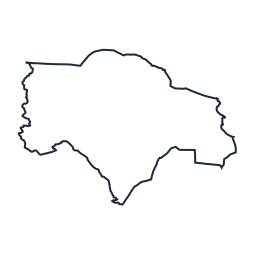 Bac Binh, Bình Thuận, Vietnam, rotated 273°
{"feature_id": "81297802B84889732636102", "entity_name": "Bac Binh", "entity_type": "district", "adm_level": 2, "iso_a3": "VNM", "parent_name": "Vietnam", "parent_adm1": "Bình Thuận", "projection": "equal_earth", "projection_center": [108.379, 11.264], "detail": "fine", "context": "isolated", "style": "outline", "palette": "slate", "viewbox_px": 256, "rotation_deg": 273, "n_neighbors": 0, "source": "geoboundaries", "source_scale": "gbopen_adm2", "svg_char_len": 5743}
<svg xmlns="http://www.w3.org/2000/svg" viewBox="0 0 256 256"><g transform="rotate(273 128 128)"><path d="M188.0,22.4L187.8,23.8L187.6,24.5L187.1,25.8L186.7,26.3L186.5,26.5L185.1,27.3L183.4,27.8L183.1,28.2L182.5,29.5L182.3,29.8L181.7,29.9L179.2,29.6L178.7,29.4L177.8,28.8L177.4,28.2L177.3,27.9L177.2,26.9L177.0,26.7L175.7,26.6L175.2,26.4L175.0,25.9L174.9,25.1L174.7,24.7L173.8,24.3L171.2,21.8L170.6,21.7L170.3,21.8L169.6,21.7L168.9,20.7L168.4,20.3L168.0,20.1L167.7,20.2L166.0,20.9L165.3,21.9L165.0,22.2L163.8,22.0L162.8,22.1L161.5,22.4L161.3,22.6L161.2,22.9L160.9,24.8L160.7,25.0L160.4,25.2L159.6,25.2L157.0,24.7L156.6,24.8L155.7,25.2L154.9,25.2L154.3,25.1L153.3,24.5L152.6,25.5L152.3,25.6L151.1,25.7L149.7,26.3L149.1,26.4L148.3,26.2L147.6,25.6L147.2,24.9L147.0,24.5L146.9,23.1L146.7,22.7L145.9,21.9L145.1,21.3L144.2,21.3L143.3,21.6L143.0,21.9L142.5,22.8L142.1,23.3L141.7,23.4L140.8,23.5L139.8,24.0L138.7,24.8L138.4,24.9L138.0,24.8L137.6,24.5L135.8,22.9L135.4,22.4L135.0,22.1L134.5,22.0L134.1,22.3L133.7,23.0L132.4,25.6L131.9,28.1L131.7,28.5L130.9,28.7L129.0,29.9L128.3,29.6L127.4,29.1L127.1,29.0L126.5,29.8L125.7,30.2L125.2,29.9L124.8,28.7L124.7,28.1L125.0,26.5L125.0,23.6L123.9,23.7L123.6,23.4L123.3,22.7L122.8,20.8L122.5,20.8L121.7,21.1L119.5,22.9L119.1,23.1L118.7,23.0L118.4,22.9L118.3,22.7L117.6,21.4L117.4,20.8L117.2,19.4L116.9,19.2L116.3,19.3L115.6,19.7L114.7,20.4L113.8,21.6L113.4,21.7L112.4,21.8L111.6,22.1L111.3,22.5L110.9,23.1L110.5,24.0L110.1,24.8L109.8,25.0L109.6,25.0L108.2,25.9L107.6,26.2L107.1,26.2L103.1,25.9L102.2,27.9L101.6,28.9L101.1,30.2L100.0,31.4L99.3,32.7L99.2,33.0L99.2,33.6L100.7,35.9L100.8,36.3L100.8,36.9L100.6,37.5L100.2,38.0L97.1,41.2L96.8,41.9L96.9,42.7L98.6,48.6L99.6,51.6L100.0,53.2L100.8,54.7L101.9,57.2L102.8,56.7L102.9,56.4L103.4,55.7L103.6,54.8L103.7,54.4L104.3,54.3L104.9,53.6L105.1,53.6L105.5,54.3L105.8,54.6L106.6,55.8L107.6,56.2L107.9,56.5L107.9,57.9L108.2,58.5L108.5,59.8L109.3,61.6L109.5,61.8L109.9,61.7L110.1,61.7L110.4,62.8L110.9,63.1L111.4,63.6L111.6,65.2L111.3,66.8L111.5,67.6L109.6,70.1L106.3,73.7L105.3,74.1L104.1,74.5L103.7,74.7L103.2,75.2L103.0,75.6L102.9,76.3L102.8,79.1L101.1,80.9L100.3,82.0L99.3,83.6L97.8,86.5L96.1,88.7L95.7,89.1L94.5,89.2L94.1,89.4L90.0,92.7L87.8,94.8L87.3,95.4L85.6,98.0L85.1,100.2L84.8,100.7L84.5,100.9L82.5,101.6L80.6,103.1L79.6,103.8L78.3,104.4L78.2,105.4L77.8,106.8L76.9,107.8L74.9,111.0L74.2,111.5L73.4,111.8L71.1,112.2L70.4,112.7L69.1,112.7L67.3,113.0L65.8,113.5L65.2,113.5L64.7,113.6L63.4,114.5L61.6,115.6L61.0,115.9L60.2,116.2L59.7,116.8L58.1,117.3L58.0,117.5L57.8,118.8L57.6,119.4L56.2,121.0L55.6,120.3L55.4,119.6L54.8,116.7L54.5,116.1L54.2,116.0L53.2,117.5L53.0,118.2L52.7,119.5L52.7,120.6L53.0,122.3L52.8,122.6L51.8,123.1L51.6,123.3L51.4,123.6L51.4,124.0L51.6,124.9L51.6,125.4L51.2,126.1L53.1,127.8L55.2,128.9L61.0,132.5L66.1,135.2L69.4,137.4L70.1,138.1L70.8,139.3L71.6,140.3L74.3,143.5L75.0,144.6L76.6,150.6L76.7,150.9L77.1,151.3L77.2,151.8L77.4,152.2L77.5,152.9L77.8,153.7L77.9,153.9L79.9,154.1L84.6,155.1L85.7,155.3L93.2,158.4L94.2,158.7L96.3,159.1L97.3,159.8L98.2,160.0L98.8,160.3L99.9,161.2L99.9,161.6L99.8,162.2L100.0,162.7L104.3,167.9L106.8,169.9L109.3,171.6L110.1,172.5L111.6,176.2L111.6,176.4L111.5,176.8L110.6,178.1L109.4,179.7L109.0,180.3L108.9,180.7L109.2,188.6L109.3,190.0L109.5,194.6L109.5,195.9L107.0,196.1L104.7,196.5L103.1,196.4L101.3,196.7L96.9,196.9L96.5,205.5L96.2,208.4L96.2,211.4L95.6,222.0L94.5,222.7L93.2,223.6L93.9,223.8L94.8,224.2L95.9,225.3L96.4,225.5L97.8,225.5L101.8,225.7L102.1,225.8L102.4,226.2L103.1,227.5L103.7,228.3L106.9,231.5L107.3,232.2L107.9,233.6L108.6,235.5L109.2,236.8L112.6,236.8L113.8,236.6L115.2,236.3L116.9,235.8L120.3,234.4L121.8,233.7L124.0,232.7L124.5,233.6L125.2,231.2L125.8,229.6L126.5,228.2L127.0,227.3L128.5,225.3L129.6,224.4L130.1,224.2L131.3,222.4L132.1,221.6L132.5,221.4L133.8,221.0L134.7,221.0L135.0,221.1L135.6,221.1L136.0,221.4L136.0,221.6L136.0,221.9L136.5,222.0L136.6,222.6L137.0,222.5L137.5,222.0L137.7,221.9L138.0,222.0L138.6,221.8L139.0,221.9L139.3,221.8L140.2,221.9L142.0,221.6L142.7,221.7L143.1,221.9L143.4,222.2L143.3,222.9L143.4,223.3L143.2,223.8L143.3,223.9L143.4,224.0L143.6,224.0L143.9,224.3L144.1,224.1L144.6,223.5L144.9,222.7L145.3,222.0L145.4,221.9L145.7,221.7L145.8,220.9L146.3,219.8L147.5,218.1L148.0,217.5L148.8,216.7L149.7,216.1L150.3,215.7L151.0,215.5L151.4,215.7L152.0,215.5L153.5,215.6L153.8,215.7L154.4,216.3L154.5,216.5L154.4,216.9L154.9,217.3L156.0,217.6L157.2,218.7L157.4,218.7L158.0,218.6L158.2,218.2L158.9,217.7L159.0,217.7L159.4,217.4L159.5,217.0L159.8,216.9L159.8,216.7L160.1,216.8L160.3,216.6L160.3,216.3L160.4,216.1L160.7,216.0L160.9,216.0L161.0,215.8L161.5,215.6L161.6,215.3L161.9,215.3L162.2,215.6L162.3,215.4L162.4,215.2L162.1,214.8L162.2,213.3L162.7,210.1L163.9,204.2L165.3,199.1L166.5,195.2L168.2,190.1L170.7,183.5L170.2,182.4L170.1,181.9L170.0,173.7L170.1,172.8L171.3,170.0L172.0,168.5L172.4,168.1L176.3,168.3L178.1,167.9L181.5,165.5L186.3,162.0L186.9,161.8L187.5,162.1L188.0,161.3L187.9,159.8L188.0,159.6L188.5,159.6L188.8,159.5L189.0,159.1L189.5,157.9L189.5,156.2L190.0,155.2L190.4,153.9L191.1,152.1L191.3,151.4L191.5,150.3L191.5,149.9L191.3,149.5L191.7,148.4L191.8,148.2L192.4,148.2L192.7,148.0L193.5,146.8L195.9,143.7L197.2,142.4L197.4,142.1L198.1,139.3L198.3,139.0L199.1,138.1L199.2,137.7L199.9,137.5L200.1,137.0L200.9,134.1L201.4,132.6L201.7,130.3L201.4,126.5L201.4,122.6L200.3,119.9L200.3,119.7L203.0,113.5L204.7,109.9L204.8,109.6L204.8,100.8L204.8,99.5L204.7,98.5L204.4,97.5L203.4,93.5L202.8,91.4L202.0,89.7L200.9,88.1L198.1,84.9L197.0,84.0L192.6,80.8L189.7,78.5L187.9,77.5L187.7,77.0L187.8,73.8L188.3,68.5L188.4,65.1L187.9,50.9L187.8,43.1L187.9,38.5L187.8,30.3L188.1,23.6L188.1,22.7L188.0,22.4Z" fill="none" stroke="#1e293b" stroke-width="2"/></g></svg>